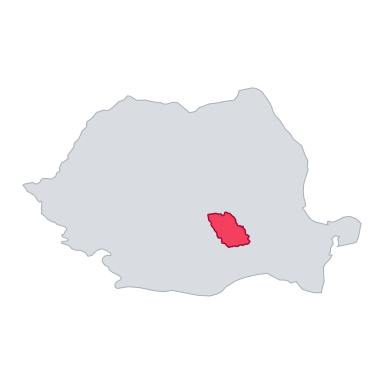 Romania, with Prahova highlighted
{"feature_id": "ROU-310", "entity_name": "Prahova", "entity_type": "County", "adm_level": 1, "iso_a3": "ROU", "parent_name": "Romania", "parent_adm1": "", "projection": "natural_earth1", "projection_center": [26.063, 45.125], "detail": "fine", "context": "in_parent", "style": "filled", "palette": "rose", "viewbox_px": 384, "rotation_deg": 0, "n_neighbors": 0, "source": "natural_earth", "source_scale": "10m", "svg_char_len": 5252}
<svg xmlns="http://www.w3.org/2000/svg" viewBox="0 0 384 384"><path d="M307.4,215.0L311.2,219.7L316.0,222.2L327.1,224.8L328.1,224.5L328.2,224.0L327.4,223.3L327.3,222.5L327.8,221.4L329.4,221.3L331.9,222.3L336.6,220.9L343.6,217.2L350.0,216.4L355.9,218.6L359.0,221.2L361.0,223.7L360.4,226.7L360.1,228.6L358.6,236.4L357.6,239.3L355.9,242.6L337.7,246.5L338.8,244.6L338.4,241.3L337.6,238.8L339.3,236.6L335.1,235.8L333.4,237.0L332.0,239.2L333.3,244.1L331.3,246.8L330.6,248.4L330.5,252.0L329.3,253.5L329.1,255.2L332.0,254.8L330.8,257.9L325.3,263.9L323.4,267.5L324.1,281.7L321.7,290.2L321.5,292.7L315.7,292.8L314.0,292.6L308.4,291.3L302.2,289.1L298.5,284.7L296.2,281.5L290.9,283.0L289.9,282.6L288.5,281.1L284.5,280.0L279.6,280.0L268.6,274.3L267.4,273.3L258.8,274.3L245.9,277.1L236.0,280.6L225.9,286.9L221.7,291.6L216.9,294.1L210.1,296.0L197.9,295.3L185.3,292.9L171.7,290.3L164.3,291.7L154.3,290.7L139.4,287.6L128.2,286.7L117.2,288.5L115.3,287.1L114.9,285.6L115.4,283.3L117.0,281.5L119.6,280.2L121.1,278.8L121.2,277.4L118.3,275.2L112.2,272.1L109.7,270.1L109.1,269.7L108.9,267.9L107.7,266.6L105.3,265.6L103.5,263.7L102.2,261.1L102.5,258.7L104.4,256.4L106.8,255.4L109.7,255.7L110.9,255.0L110.5,253.4L107.7,251.3L102.5,248.8L97.2,250.2L91.8,255.4L87.9,256.3L85.6,252.7L81.4,250.6L75.3,250.0L71.6,248.6L70.2,246.6L67.6,245.0L61.8,243.3L61.7,241.7L62.7,241.4L64.8,241.2L67.6,240.9L68.0,240.0L68.1,239.2L65.9,238.1L63.7,237.4L62.5,236.7L61.8,235.9L61.7,235.1L62.3,234.5L63.2,234.5L64.1,234.0L64.7,232.0L65.9,230.5L66.8,229.9L66.7,228.7L65.8,227.7L64.7,226.7L62.9,226.1L57.4,224.5L54.6,222.2L52.9,222.1L50.2,220.9L47.3,218.9L44.8,216.1L42.1,214.2L41.4,213.5L41.4,212.8L41.9,212.0L41.9,211.1L41.2,208.3L41.8,205.4L41.7,202.7L41.7,201.4L41.2,201.1L40.7,201.5L40.0,202.0L39.3,202.1L37.4,200.1L34.9,196.0L33.2,194.7L29.9,192.8L27.1,191.2L25.1,187.8L23.0,185.2L24.5,184.1L32.6,182.5L36.3,184.1L38.0,183.5L39.7,182.3L40.6,181.3L40.8,180.3L41.7,179.0L44.4,178.4L51.6,179.1L54.6,177.3L55.7,176.3L56.4,174.1L57.2,172.4L59.8,171.4L59.8,169.8L59.4,168.1L61.0,164.2L61.9,162.6L63.4,162.0L65.2,160.8L68.3,158.3L67.6,156.0L68.3,154.4L71.5,150.4L74.0,146.5L74.0,144.6L74.4,142.9L76.6,141.1L78.9,138.7L82.0,131.2L83.1,129.9L85.1,128.5L86.5,127.1L86.8,122.1L88.2,120.7L90.8,119.1L93.4,116.6L95.6,113.5L97.2,112.1L99.4,111.7L101.8,110.5L104.4,110.1L106.9,110.7L108.5,110.4L110.9,108.9L117.2,103.3L118.1,102.2L119.4,101.5L124.4,99.6L125.7,97.7L127.4,95.9L129.7,96.1L136.9,100.3L144.7,100.1L146.1,100.2L146.5,100.3L147.5,100.6L157.8,102.8L159.4,102.5L159.8,102.3L164.0,104.1L167.7,103.9L171.2,102.7L174.8,102.2L178.2,103.0L180.7,105.4L187.3,110.6L189.2,112.6L192.2,112.3L195.6,111.3L199.0,107.8L209.4,103.9L217.3,102.9L225.1,101.3L234.1,100.2L236.6,97.0L238.1,94.8L239.1,90.7L243.9,89.5L248.5,88.7L250.1,88.2L253.5,88.0L256.0,88.4L260.1,90.4L262.9,92.9L264.0,94.9L266.4,97.7L269.0,101.7L271.8,107.0L272.4,109.7L273.5,112.5L275.6,116.1L279.6,120.0L280.1,120.7L281.9,123.5L285.5,129.5L288.4,132.0L290.9,134.6L292.2,137.3L294.0,139.7L298.3,143.0L301.8,145.9L304.7,154.3L306.6,158.2L307.9,161.1L307.3,167.1L308.1,169.7L306.6,174.4L303.8,183.8L303.2,191.3L303.7,195.4L303.8,198.0L304.5,199.7L305.3,203.1L305.5,206.1L304.4,206.9L303.0,207.7L302.4,208.3L303.8,209.6L305.6,212.1L307.4,215.0Z" fill="#d9dde1" stroke="#a8b0b8" stroke-width="1"/><path d="M235.9,246.4L235.0,246.0L234.2,246.0L232.0,246.7L229.8,246.7L229.5,247.2L229.3,247.4L228.9,247.3L228.2,246.9L227.7,246.6L225.3,243.8L224.7,243.5L224.1,243.3L222.4,243.1L222.0,242.9L221.7,242.4L221.6,241.6L221.7,240.9L221.8,240.3L221.8,239.6L221.6,239.0L221.1,238.3L220.8,237.9L220.5,237.8L220.2,237.8L219.9,238.0L219.5,238.0L219.1,238.0L218.6,237.9L218.3,237.7L217.9,237.4L217.6,236.9L217.3,236.3L217.1,235.2L216.9,233.3L216.7,232.8L216.4,232.3L214.9,230.8L213.0,227.4L212.5,226.9L212.2,226.5L211.8,226.2L211.3,225.3L211.2,224.7L211.3,223.8L211.3,223.4L211.2,223.0L211.0,222.4L210.6,221.8L210.2,221.5L209.9,221.2L209.5,221.0L209.2,220.7L208.9,220.3L208.8,219.8L208.5,217.8L207.9,214.9L208.5,214.6L208.9,214.4L215.0,213.5L215.8,213.4L217.3,213.7L218.8,214.2L219.3,214.3L220.3,214.0L220.8,214.0L221.2,214.2L221.5,214.5L222.0,215.2L222.3,215.5L222.8,215.6L223.4,215.4L224.1,214.9L224.4,214.3L224.6,213.8L224.7,213.3L224.8,212.7L225.1,212.4L225.6,212.2L226.3,212.3L228.2,213.3L229.9,213.6L232.1,215.9L233.5,216.8L234.0,217.3L234.5,217.9L235.7,220.3L235.9,221.0L235.9,221.4L235.7,221.7L235.6,222.1L235.7,222.6L236.8,223.5L237.1,224.0L237.2,224.5L237.3,224.9L237.4,225.2L237.7,225.6L238.2,225.8L238.7,225.9L240.2,225.8L240.6,225.9L241.0,226.2L241.2,226.7L241.6,227.0L241.8,227.1L242.1,227.0L242.7,226.5L243.0,226.4L243.2,226.5L243.2,226.8L243.1,227.1L243.1,227.6L243.2,228.1L243.7,228.6L244.5,229.2L244.9,229.7L245.1,230.1L245.2,230.8L245.3,231.5L245.4,233.2L245.6,233.9L245.8,234.3L246.4,234.7L247.4,234.9L247.7,235.0L248.5,235.8L248.8,236.1L249.0,236.5L248.9,237.1L248.6,237.5L248.0,238.1L247.8,238.4L247.7,238.8L247.9,239.3L249.3,240.5L249.9,241.6L249.0,242.6L248.6,243.4L248.3,243.6L247.9,243.9L247.5,244.1L246.9,244.2L245.0,244.1L244.5,244.2L244.0,244.5L243.8,244.9L243.4,245.2L243.0,245.3L242.2,245.3L241.4,244.9L241.0,244.7L240.5,244.8L239.2,245.3L238.0,246.4L236.4,246.3L235.9,246.4Z" fill="#f43f5e" stroke="#9f1239" stroke-width="1.5"/></svg>